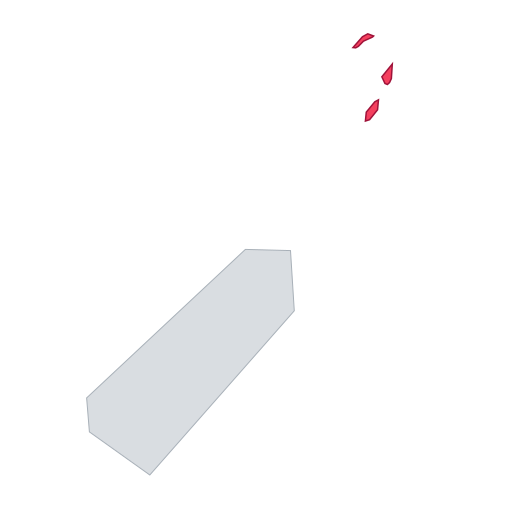 British Virgin Islands shown with its bordering countries, rotated 312°
{"feature_id": "VGB", "entity_name": "British Virgin Islands", "entity_type": "country or territory", "adm_level": 0, "iso_a3": "VGB", "parent_name": "North America", "parent_adm1": "", "projection": "orthographic", "projection_center": [-64.441, 18.576], "detail": "fine", "context": "with_neighbors", "style": "filled", "palette": "rose", "viewbox_px": 512, "rotation_deg": 312, "n_neighbors": 1, "source": "natural_earth", "source_scale": "50m", "svg_char_len": 591}
<svg xmlns="http://www.w3.org/2000/svg" viewBox="0 0 512 512"><g transform="rotate(312 256 256)"><path d="M37.2,225.1L253.8,243.7L283.1,278.0L240.9,321.1L22.2,323.6L13.8,249.9L37.2,225.1Z" fill="#d9dde1" stroke="#a8b0b8" stroke-width="1"/><path d="M446.0,248.5L433.3,249.2L429.5,247.0L436.7,241.7L450.1,241.1L454.0,242.5L446.0,248.5ZM478.4,237.9L474.2,239.2L471.4,238.9L470.5,236.4L473.4,229.6L489.9,228.8L478.4,237.9ZM495.9,190.4L498.2,196.2L496.8,196.1L487.5,192.1L480.3,191.8L477.4,190.8L475.8,188.6L490.2,188.4L495.9,190.4Z" fill="#f43f5e" stroke="#9f1239" stroke-width="1.5"/></g></svg>